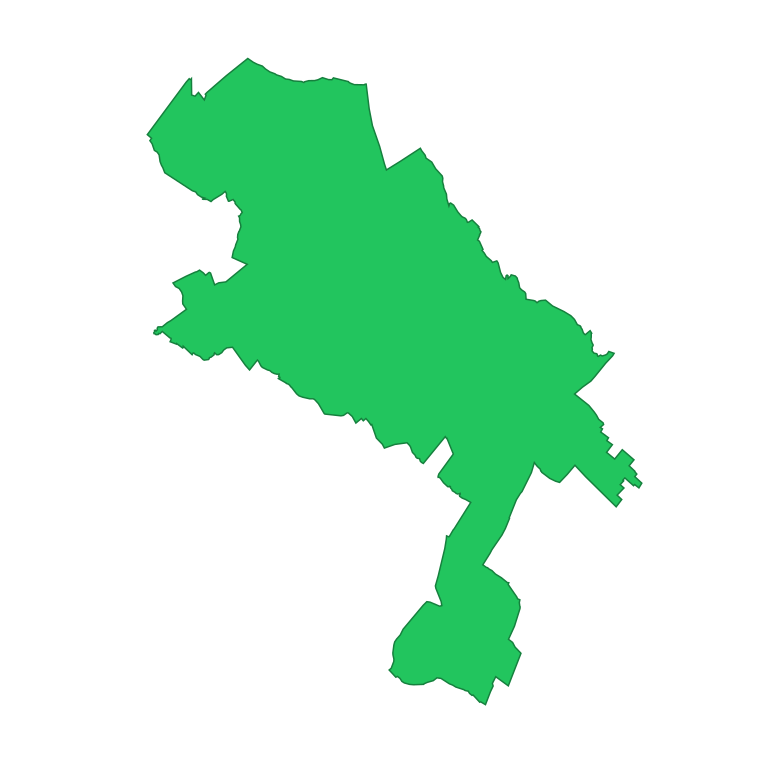 the district of Botosani, Botosani, Romania, rotated 188°
{"feature_id": "2599482B38392608659449", "entity_name": "Botosani", "entity_type": "district", "adm_level": 2, "iso_a3": "ROU", "parent_name": "Romania", "parent_adm1": "Botosani", "projection": "mercator", "projection_center": [26.676, 47.753], "detail": "fine", "context": "isolated", "style": "filled", "palette": "green", "viewbox_px": 768, "rotation_deg": 188, "n_neighbors": 0, "source": "geoboundaries", "source_scale": "gbopen_adm2", "svg_char_len": 6147}
<svg xmlns="http://www.w3.org/2000/svg" viewBox="0 0 768 768"><g transform="rotate(188 384 384)"><path d="M653.1,598.0L648.4,595.0L649.7,592.4L647.1,589.7L643.9,583.4L640.9,582.1L638.6,579.6L636.7,573.1L634.9,569.8L633.1,567.4L630.5,562.7L600.7,548.7L597.2,548.0L595.0,545.6L590.9,543.7L587.6,543.2L589.4,541.9L589.2,541.7L584.7,542.2L580.7,540.6L578.9,542.8L571.0,549.3L568.1,552.6L566.9,551.3L566.3,549.9L566.2,547.9L563.5,543.4L562.9,543.4L559.1,545.7L556.8,543.5L556.6,542.2L556.0,541.5L550.8,537.0L549.8,536.5L548.3,534.1L549.4,532.5L549.9,530.8L551.3,530.0L550.2,528.5L549.6,524.8L548.2,522.0L547.6,519.7L548.6,515.1L548.9,514.9L549.6,511.7L549.4,508.5L548.8,507.1L550.2,501.3L550.4,498.9L551.6,494.8L552.0,488.1L536.1,483.5L554.8,463.1L561.7,461.2L565.5,458.6L571.2,469.7L572.3,470.2L572.9,470.0L575.8,466.8L578.4,468.9L582.5,471.1L585.0,469.1L586.4,468.6L594.9,463.2L607.0,454.7L604.0,451.5L600.1,450.1L597.2,446.9L595.4,443.4L595.0,438.2L594.4,435.3L590.0,430.5L603.9,417.1L607.1,414.6L611.5,409.8L615.7,409.1L616.1,408.5L616.3,407.4L616.0,406.3L617.0,404.8L618.0,405.5L618.7,405.1L618.4,404.2L619.1,402.6L618.7,401.8L617.7,401.8L616.6,401.1L614.5,401.6L614.1,402.7L612.9,402.6L610.9,405.2L602.5,399.9L601.2,399.6L601.0,398.8L601.7,396.1L595.1,394.6L595.0,395.2L588.4,391.6L588.0,392.0L588.1,393.5L578.1,386.3L577.4,388.1L576.5,388.2L574.9,387.0L570.0,385.7L566.7,383.1L565.4,382.6L561.2,383.8L560.7,384.6L560.5,385.8L559.0,386.5L556.3,389.3L556.5,390.4L556.1,391.3L553.7,389.7L551.8,390.1L549.0,392.5L547.5,395.3L544.8,397.9L539.1,399.3L523.8,383.2L519.1,379.2L512.7,390.1L511.3,388.9L508.4,384.8L506.8,383.5L501.3,381.7L498.9,381.4L496.6,379.9L494.1,379.1L491.5,378.8L489.2,379.2L489.4,376.5L488.2,376.3L487.9,375.6L489.2,374.6L481.1,371.4L480.9,371.0L478.5,370.5L476.9,369.4L476.1,368.3L475.2,367.9L469.2,362.1L466.5,360.4L462.6,359.6L455.4,359.0L452.1,359.5L450.6,359.0L446.2,355.4L439.1,346.4L438.4,346.0L422.2,346.5L419.7,347.3L416.6,350.2L416.0,350.4L415.0,350.2L410.9,347.4L406.4,341.4L401.6,346.7L399.4,344.7L397.1,347.3L394.1,344.7L391.2,341.6L390.5,342.2L384.0,329.4L377.2,324.1L374.7,320.6L364.8,325.7L353.0,329.0L350.1,326.7L349.0,325.4L346.3,320.2L343.2,317.7L342.3,316.1L340.8,315.1L338.4,315.0L337.3,312.6L336.0,311.6L334.0,310.8L316.0,340.4L314.5,338.8L314.1,339.0L305.6,324.3L317.2,302.5L317.6,300.0L317.4,299.1L316.6,299.3L315.3,298.7L311.3,294.5L306.6,291.2L305.2,291.3L304.8,291.9L304.0,291.7L304.0,291.1L303.5,290.2L302.2,289.1L301.5,287.8L298.6,286.6L297.4,285.7L295.6,285.3L293.4,286.3L293.2,285.4L293.8,284.2L293.4,283.3L290.7,281.9L287.1,281.0L281.6,278.8L294.4,250.3L295.1,249.3L298.0,242.2L298.6,241.7L300.9,242.3L300.7,239.0L300.9,229.5L303.6,201.5L305.0,191.2L304.2,188.9L297.1,176.5L295.9,172.6L298.0,171.7L308.1,174.4L311.3,174.4L314.4,170.3L330.9,143.9L333.0,137.7L336.0,133.2L337.5,130.1L337.9,126.9L337.8,119.0L337.4,117.0L335.9,112.9L335.7,110.6L337.3,103.5L339.1,101.5L331.5,95.3L330.0,96.3L327.2,94.7L324.9,92.0L322.3,90.8L317.0,90.1L312.9,90.3L302.9,92.1L302.5,92.8L299.5,94.6L293.9,97.1L290.7,100.4L286.6,100.4L277.5,96.2L274.1,95.4L270.7,93.9L262.3,92.4L261.2,91.8L257.8,91.5L256.2,89.5L253.5,87.9L252.5,88.4L244.9,82.2L244.0,82.7L238.9,80.6L235.8,94.0L233.9,100.1L235.0,102.6L232.6,109.7L218.9,102.4L210.9,136.4L217.6,141.7L220.7,146.0L225.2,148.5L221.1,162.3L218.1,180.5L218.2,182.3L218.6,182.9L219.6,186.4L219.4,189.2L221.9,189.9L222.8,191.5L233.1,202.7L232.8,204.6L234.2,204.5L240.8,208.5L247.2,211.3L251.2,214.3L254.0,215.3L255.9,216.5L257.3,216.7L261.0,218.7L255.4,231.2L254.1,234.9L246.2,250.8L243.7,257.8L241.1,268.1L241.0,268.6L241.4,269.0L236.8,287.8L233.7,294.7L232.4,296.6L225.7,316.8L224.2,327.1L220.7,323.7L217.5,321.5L216.6,319.6L216.1,319.5L215.5,318.5L206.7,313.6L200.5,311.6L196.4,311.0L189.9,320.1L183.6,330.1L171.5,320.3L137.0,294.7L132.5,302.7L137.7,306.4L131.9,314.4L136.1,317.2L133.2,321.4L134.1,322.0L132.4,324.5L122.7,318.0L121.8,319.3L117.1,316.6L114.9,321.7L122.8,327.2L121.1,330.0L123.5,332.1L123.4,332.5L129.9,337.1L125.9,343.7L138.9,352.1L145.1,341.8L154.1,347.3L149.4,355.7L155.5,358.9L154.2,362.0L162.7,366.6L161.4,370.0L163.8,371.1L160.9,374.4L161.6,376.0L166.5,378.9L169.2,382.6L171.9,385.5L178.2,391.3L193.9,400.6L187.2,408.3L179.5,415.7L176.0,421.1L167.4,435.4L161.5,443.8L160.4,446.4L165.9,447.5L167.1,444.9L168.6,443.6L171.9,442.1L173.5,442.8L175.8,441.1L176.4,441.4L177.1,443.2L177.7,443.6L180.4,443.8L182.6,445.8L182.5,447.5L183.1,449.0L182.3,451.3L182.4,451.9L183.7,453.7L185.3,457.0L185.3,459.3L185.8,462.9L185.4,463.2L187.3,465.5L191.5,460.9L192.1,461.0L193.8,462.5L195.4,465.7L197.2,467.8L197.1,468.2L197.9,468.9L200.8,469.7L204.4,474.5L208.3,477.5L215.9,480.8L227.9,484.7L235.7,489.5L240.1,488.5L242.1,487.6L243.8,485.8L245.8,487.2L247.3,487.5L255.1,487.7L256.3,493.3L257.5,494.7L260.9,496.4L263.1,498.2L264.6,502.9L266.6,506.5L266.7,507.3L268.9,509.2L273.1,509.8L273.5,509.5L273.6,508.5L275.8,505.7L276.3,508.5L277.3,509.0L278.1,508.2L278.2,504.5L281.0,506.1L284.1,510.7L287.8,519.7L289.4,521.6L293.6,519.5L294.8,520.9L300.5,524.6L302.9,527.6L305.5,529.9L304.7,531.1L309.4,538.6L311.4,539.7L309.9,544.9L310.2,545.1L309.3,547.4L309.3,548.5L310.1,549.0L311.1,551.3L312.5,552.4L312.0,553.0L312.7,553.6L319.6,558.7L322.8,556.0L323.9,555.7L325.4,558.4L326.8,559.5L329.8,560.4L331.2,561.4L334.9,564.7L339.9,570.8L343.2,572.5L344.1,571.9L344.5,569.4L347.5,575.9L348.6,580.7L352.1,586.5L352.6,588.6L354.2,592.4L354.4,595.9L355.3,598.1L362.8,604.3L367.6,610.4L373.8,613.5L375.1,616.3L379.2,620.3L380.8,622.5L399.4,606.3L411.4,596.3L414.2,602.0L421.4,618.7L431.4,638.2L437.0,654.5L443.4,678.5L444.4,678.3L445.3,677.5L455.1,676.3L459.1,677.2L460.8,677.9L461.3,678.5L476.7,680.1L477.9,678.1L481.3,677.7L487.6,678.8L491.7,676.1L494.9,674.8L500.7,673.9L504.6,672.3L505.3,671.4L507.9,672.1L515.9,671.5L520.2,672.4L523.9,672.3L528.4,674.3L533.6,675.2L535.1,676.0L540.6,677.2L545.3,679.5L548.7,681.9L554.1,683.0L558.2,684.4L564.2,687.4L583.1,667.3L599.7,648.3L601.3,646.1L600.4,645.1L601.5,640.3L608.3,646.9L611.2,642.7L614.7,643.4L617.2,659.6L617.8,658.7L618.6,658.6L619.4,659.2L621.9,655.4L653.1,598.0Z" fill="#22c55e" stroke="#15803d" stroke-width="1.5"/></g></svg>